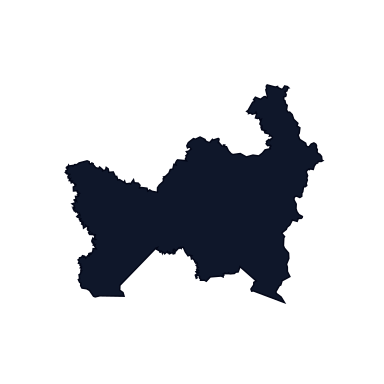 Caucasia, Antioquia, Colombia, rotated 111°
{"feature_id": "7082276B49158804939428", "entity_name": "Caucasia", "entity_type": "district", "adm_level": 2, "iso_a3": "COL", "parent_name": "Colombia", "parent_adm1": "Antioquia", "projection": "orthographic", "projection_center": [-75.012, 7.838], "detail": "fine", "context": "isolated", "style": "filled", "palette": "ink", "viewbox_px": 384, "rotation_deg": 111, "n_neighbors": 0, "source": "geoboundaries", "source_scale": "gbopen_adm2", "svg_char_len": 6045}
<svg xmlns="http://www.w3.org/2000/svg" viewBox="0 0 384 384"><g transform="rotate(111 192 192)"><path d="M324.6,246.6L324.6,244.8L321.9,240.8L313.6,218.1L310.6,220.4L309.6,224.3L305.0,225.9L257.3,205.6L256.4,204.5L258.1,205.0L258.6,201.2L260.1,199.9L258.6,200.3L258.2,199.3L259.8,197.7L258.8,197.8L258.5,196.9L259.5,195.4L256.3,193.7L257.3,193.0L255.9,191.1L257.4,191.8L257.9,191.0L255.4,188.5L257.0,187.0L256.1,187.4L255.6,186.1L254.1,186.2L253.2,188.6L252.2,188.8L251.8,188.0L252.6,185.8L248.5,184.1L248.9,183.2L247.9,182.7L248.5,181.8L247.2,181.6L246.8,180.2L250.3,176.8L253.0,172.8L251.8,171.8L252.3,170.1L251.6,170.2L251.6,169.2L252.6,169.8L254.7,168.5L253.8,167.7L255.1,164.9L256.2,164.4L256.3,162.9L257.6,163.1L256.1,162.0L257.5,160.9L258.9,161.8L260.1,159.4L260.5,160.2L261.8,159.7L262.8,158.1L263.1,159.6L264.3,158.7L265.0,159.7L265.5,159.0L264.7,157.8L265.0,156.8L268.4,159.1L271.0,157.1L270.3,156.5L268.5,158.0L267.5,156.3L268.0,154.7L269.4,154.4L270.4,152.5L271.3,152.4L269.9,148.7L270.2,146.7L264.7,144.5L260.0,134.7L260.1,132.5L258.8,133.0L257.9,132.4L257.3,133.4L255.8,132.2L256.2,131.5L255.1,128.6L254.5,128.8L254.8,127.2L252.9,123.3L251.1,122.3L250.1,120.3L244.5,120.4L252.0,100.1L254.2,101.9L256.6,101.0L261.5,102.2L263.2,100.8L262.3,99.1L262.1,66.0L258.1,71.2L256.5,76.8L255.2,78.0L248.1,76.9L247.0,75.8L242.6,76.1L235.9,70.3L232.0,74.5L227.9,76.1L225.6,77.9L219.4,77.8L214.4,80.0L211.3,85.6L209.4,87.4L201.9,89.9L200.5,89.6L198.2,93.6L193.1,90.6L190.8,90.6L187.8,88.9L182.2,88.3L181.7,83.3L178.6,83.3L177.5,80.6L176.4,80.0L175.3,80.2L174.8,84.1L172.7,87.1L170.2,89.0L165.9,90.4L162.9,93.9L160.9,94.6L159.6,94.4L158.3,92.9L158.5,89.4L156.7,88.0L153.6,89.1L152.1,88.7L148.0,89.6L146.8,89.4L146.6,88.3L144.9,87.2L143.0,88.5L139.5,88.6L137.8,89.9L135.4,89.9L132.4,92.5L130.8,92.5L128.5,91.0L128.9,90.3L128.0,89.8L127.5,86.9L124.1,87.2L121.1,86.5L119.8,85.1L118.2,85.0L117.1,82.2L115.8,81.1L115.7,82.1L112.4,83.8L111.0,86.2L110.8,88.4L109.6,89.7L107.3,90.3L106.5,91.6L103.9,92.5L102.9,93.7L102.5,95.8L104.5,97.9L107.8,98.9L108.3,99.9L108.1,101.7L105.7,103.4L104.3,110.3L100.8,113.4L98.7,113.0L93.4,114.3L92.7,117.7L89.9,117.8L87.7,123.1L83.8,126.3L82.4,129.4L83.2,130.9L81.5,133.2L76.9,134.2L76.2,136.2L73.4,138.0L73.2,139.3L70.4,140.5L69.1,138.8L67.5,138.9L64.8,141.2L63.8,139.7L60.5,139.7L60.1,139.0L59.4,140.7L59.8,143.5L63.3,144.2L64.0,145.3L63.7,149.2L62.8,149.9L64.2,151.9L65.1,160.2L66.6,160.6L68.7,159.4L70.1,159.7L75.8,155.8L77.3,155.8L76.6,157.7L77.2,158.9L80.9,161.3L80.8,166.8L83.8,167.6L84.3,166.2L85.2,166.1L86.4,167.5L95.8,168.9L97.1,169.8L97.6,167.5L98.5,167.3L97.2,165.6L97.8,163.7L96.0,161.2L94.5,160.9L95.5,159.7L100.1,159.3L99.9,157.1L98.8,155.8L100.5,154.2L99.4,153.3L104.2,153.0L104.9,151.4L106.3,150.7L105.5,150.2L107.5,149.3L107.5,150.2L108.9,149.1L108.4,145.3L109.6,146.0L110.7,145.0L110.1,140.8L111.0,139.6L112.0,139.7L111.1,138.1L111.9,136.6L113.5,136.5L114.4,137.5L115.9,137.7L115.4,139.0L118.0,140.6L118.7,139.8L120.4,140.1L121.6,138.0L120.3,135.4L120.8,134.8L122.4,135.3L123.5,134.4L126.5,138.9L130.5,140.2L134.4,142.6L135.7,148.3L139.8,153.8L138.8,160.7L142.4,167.2L142.3,169.1L140.5,172.7L137.4,176.0L137.9,178.0L136.4,178.3L136.8,179.4L137.6,179.0L138.5,180.3L136.3,184.4L136.5,185.1L132.9,185.7L132.6,186.7L135.9,190.8L135.5,191.8L139.3,193.1L139.8,195.1L139.3,198.0L138.3,198.6L137.8,204.2L141.5,207.7L141.6,209.8L147.2,213.1L150.7,213.4L152.4,212.0L150.8,210.5L152.1,208.1L155.3,210.0L156.3,211.7L157.9,209.5L160.4,210.7L160.9,209.8L163.6,210.0L164.8,208.3L167.2,217.0L168.3,217.5L171.1,217.8L172.4,216.6L172.6,218.8L177.5,218.1L178.8,220.3L182.5,220.3L187.0,222.4L188.0,223.8L188.5,222.9L189.6,223.7L192.3,222.5L197.3,225.0L200.4,225.7L204.7,224.1L205.7,229.8L205.2,232.2L207.1,233.6L204.6,235.4L205.9,240.6L207.0,242.5L204.3,243.0L203.0,245.4L204.1,249.2L201.5,251.0L206.6,252.3L206.3,253.4L207.8,256.0L207.6,257.6L206.0,258.8L207.4,259.0L206.4,264.0L207.3,265.6L204.4,267.9L205.1,269.0L201.5,272.7L203.5,276.7L200.4,278.6L199.8,280.9L202.4,280.6L204.2,283.0L203.2,283.4L201.9,286.7L201.8,287.3L203.5,287.5L203.8,290.6L201.8,294.2L201.0,294.4L200.8,295.9L202.0,296.4L202.3,297.9L200.5,298.9L200.5,301.1L205.4,307.9L207.7,309.3L208.5,311.4L210.5,312.4L210.0,312.9L211.8,316.1L211.2,316.8L212.7,316.8L214.3,315.8L213.0,317.4L213.8,318.0L214.5,318.0L215.0,316.6L216.3,316.3L217.3,317.3L218.2,316.8L219.0,317.3L219.8,315.6L219.2,315.2L219.8,314.7L219.4,312.5L221.9,313.4L223.3,312.6L223.0,311.4L224.3,310.9L223.8,310.5L225.3,310.7L224.7,308.1L225.6,308.7L226.7,308.0L225.7,307.2L226.6,303.3L227.3,303.9L227.9,302.9L229.9,304.6L233.5,303.0L232.1,300.1L233.4,298.7L232.6,298.8L233.7,297.4L233.1,297.2L233.5,296.4L235.6,297.8L235.9,296.5L236.8,296.6L237.9,299.2L241.7,296.6L240.9,298.4L241.7,299.2L242.9,297.4L244.1,297.2L246.0,299.7L246.8,297.0L248.4,296.3L248.8,297.1L249.0,295.8L250.0,296.2L249.1,297.0L250.0,297.1L251.9,295.0L251.2,294.5L251.9,293.4L251.2,293.2L252.1,293.2L251.6,292.4L252.5,291.1L252.0,290.1L253.1,288.8L253.8,288.4L253.5,289.6L256.3,290.7L256.9,286.3L258.5,287.5L257.9,286.2L259.3,285.7L258.7,284.5L259.9,283.9L259.6,283.3L260.3,283.6L260.3,282.7L261.5,283.3L261.8,281.7L264.6,280.3L262.2,278.7L261.3,279.1L262.2,276.9L261.9,276.2L263.9,276.3L263.7,275.7L264.9,275.6L265.7,273.2L267.1,273.9L268.3,272.4L267.6,270.3L266.6,270.4L267.3,269.2L266.3,266.3L267.6,267.7L268.2,266.7L270.1,266.4L270.8,264.9L271.5,266.2L270.6,268.0L273.4,268.0L273.9,266.9L274.3,267.5L275.2,266.6L274.8,265.5L276.9,265.1L275.8,263.5L277.3,263.7L279.4,261.1L280.3,264.0L283.0,263.3L285.8,264.0L285.4,264.9L286.2,265.9L286.8,265.1L287.0,266.1L287.9,266.0L287.7,265.2L288.8,265.2L288.9,266.5L291.8,267.5L290.7,268.7L291.5,269.7L290.5,269.8L290.7,271.4L292.6,271.7L293.7,273.4L295.0,273.2L296.2,274.0L297.1,272.4L299.2,272.5L299.3,270.2L300.6,270.2L301.3,268.5L302.7,269.0L302.5,268.1L305.4,267.5L305.2,266.8L309.2,267.1L309.7,267.8L313.4,265.8L314.5,266.7L316.5,264.6L317.0,263.0L319.3,262.4L321.1,260.3L320.1,255.7L320.6,252.4L324.6,246.6Z" fill="#0f172a" stroke="#020617" stroke-width="1.5"/></g></svg>